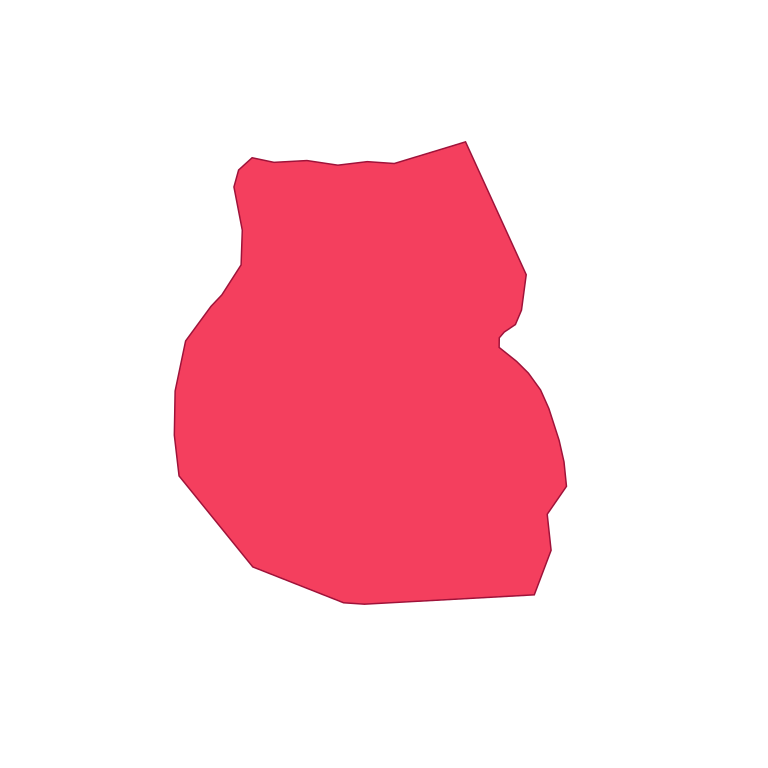 the border of Mirna Pec, rotated 320°
{"feature_id": "SVN-242", "entity_name": "Mirna Pec", "entity_type": "Municipality", "adm_level": 1, "iso_a3": "SVN", "parent_name": "Slovenia", "parent_adm1": "", "projection": "orthographic", "projection_center": [15.099, 45.85], "detail": "fine", "context": "isolated", "style": "filled", "palette": "rose", "viewbox_px": 768, "rotation_deg": 320, "n_neighbors": 0, "source": "natural_earth", "source_scale": "10m", "svg_char_len": 615}
<svg xmlns="http://www.w3.org/2000/svg" viewBox="0 0 768 768"><g transform="rotate(320 384 384)"><path d="M602.1,250.9L563.2,391.7L536.8,415.8L522.9,422.9L509.5,421.5L502.0,422.7L495.7,430.0L500.1,451.9L501.6,468.5L500.1,489.2L494.5,508.8L481.9,539.8L471.8,559.4L458.0,579.7L425.3,588.7L405.1,618.8L363.6,642.1L227.5,540.1L212.4,525.6L165.9,439.8L167.9,322.7L190.5,288.4L219.5,255.1L259.7,223.5L301.4,213.3L317.1,211.5L351.1,200.9L374.3,175.1L395.7,136.6L410.2,126.6L428.4,125.9L442.2,143.5L468.6,163.3L489.3,186.7L514.1,202.9L533.6,221.7L602.1,250.9Z" fill="#f43f5e" stroke="#9f1239" stroke-width="1.5"/></g></svg>